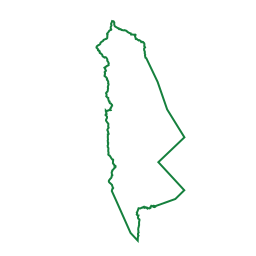 Jimi District, Western Highlands, Papua New Guinea (Albers equal-area conic projection), rotated 227°
{"feature_id": "67681753B26573357069197", "entity_name": "Jimi District", "entity_type": "district", "adm_level": 2, "iso_a3": "PNG", "parent_name": "Papua New Guinea", "parent_adm1": "Western Highlands", "projection": "albers", "projection_center": [144.768, -5.523], "detail": "fine", "context": "isolated", "style": "outline", "palette": "green", "viewbox_px": 256, "rotation_deg": 227, "n_neighbors": 0, "source": "geoboundaries", "source_scale": "gbopen_adm2", "svg_char_len": 5903}
<svg xmlns="http://www.w3.org/2000/svg" viewBox="0 0 256 256"><g transform="rotate(227 128 128)"><path d="M82.7,162.9L114.9,169.3L141.5,181.1L166.6,189.0L167.5,188.7L169.0,189.6L169.4,189.8L169.8,190.5L170.4,190.8L170.9,191.0L171.4,191.3L171.6,191.7L172.1,192.0L172.6,192.5L173.0,192.6L173.4,192.7L173.8,192.9L174.1,193.0L174.6,193.5L175.0,193.8L175.2,194.4L175.3,194.9L175.3,195.5L175.5,195.6L176.4,195.5L176.7,195.7L177.2,196.3L177.5,196.4L177.8,196.9L178.3,197.3L178.8,197.6L179.4,197.7L179.8,197.5L180.0,197.4L180.2,197.5L180.5,197.7L180.8,197.6L181.4,197.1L181.7,196.8L181.8,196.3L183.0,196.6L184.5,196.2L184.8,195.5L185.5,195.5L185.9,195.2L186.2,195.2L186.9,195.2L187.7,194.4L187.9,194.4L188.2,194.7L188.6,194.9L188.9,195.2L189.5,195.3L190.0,195.5L190.4,195.8L190.6,196.4L190.8,196.8L191.1,197.1L191.4,197.0L192.0,196.2L192.3,195.8L193.3,195.1L194.2,194.0L194.5,194.1L195.3,194.5L195.5,194.3L196.4,193.9L196.9,193.7L197.6,193.4L198.1,193.4L198.6,193.1L199.4,193.2L200.3,193.1L200.8,192.7L201.2,192.6L201.4,192.4L201.9,192.2L202.1,191.7L202.7,191.1L203.4,190.7L203.9,190.2L204.1,190.1L204.5,190.2L204.8,190.0L205.4,190.0L205.8,189.4L206.4,188.9L207.3,189.2L207.6,188.8L210.4,188.0L211.1,187.8L211.6,187.8L213.1,188.5L214.5,189.9L214.8,189.9L215.3,190.1L215.7,190.2L216.2,190.0L216.8,189.4L217.0,189.3L216.2,187.9L216.0,187.2L215.6,186.5L215.0,186.3L214.3,185.9L214.0,185.2L213.6,184.2L212.8,183.4L211.9,183.1L211.5,183.0L211.3,182.7L211.4,182.4L211.8,181.5L211.9,180.6L211.8,180.3L211.5,179.1L211.4,178.4L211.3,177.7L211.3,177.2L211.1,176.8L210.9,176.7L210.3,176.8L209.5,175.6L209.3,175.6L208.0,174.2L207.9,173.7L207.9,173.1L208.2,172.9L208.4,172.1L208.6,171.6L208.8,170.9L209.1,170.3L209.0,169.9L208.9,169.7L208.7,168.9L208.9,168.0L209.1,167.5L209.1,166.1L208.9,165.7L208.5,165.3L208.4,164.4L208.4,164.0L208.5,163.5L208.8,162.9L208.9,162.6L208.8,162.1L209.0,161.2L209.0,160.8L208.5,160.0L208.3,159.8L208.0,159.7L207.6,159.9L206.2,159.8L206.0,159.5L205.8,159.4L205.5,159.2L205.3,159.1L204.9,159.2L204.7,159.5L204.4,159.6L204.1,159.3L203.4,159.6L202.8,159.2L202.6,158.8L202.4,158.6L201.9,158.6L201.2,159.0L200.7,158.9L199.9,159.1L199.6,159.1L199.3,159.1L198.7,158.8L197.9,158.4L197.4,158.4L196.2,158.8L195.6,158.8L195.4,159.6L194.4,160.1L192.4,159.7L191.8,159.3L191.6,158.9L191.3,158.8L191.0,158.6L190.1,158.6L189.5,158.4L189.1,158.3L188.7,158.0L188.4,158.0L188.2,157.8L188.2,157.5L188.0,157.3L187.6,156.9L187.2,156.7L187.4,155.7L187.9,154.6L187.9,154.3L187.7,154.0L188.0,153.3L188.0,152.8L188.2,151.9L187.5,151.7L187.1,151.9L186.8,151.7L186.2,151.2L185.6,151.2L185.2,151.0L184.9,150.9L184.8,149.1L184.4,149.0L184.2,148.7L183.4,148.3L183.0,147.6L182.7,147.4L182.6,147.0L182.1,146.3L181.7,146.3L181.4,146.5L181.0,146.5L180.6,146.5L180.1,146.6L179.6,146.6L179.2,146.5L178.6,146.5L178.4,146.1L178.2,146.0L177.7,145.9L177.4,145.8L177.4,145.5L177.1,145.5L176.8,145.6L176.2,145.4L175.6,145.3L175.0,144.7L174.4,144.3L174.1,143.8L173.5,143.8L172.9,143.3L172.8,143.0L172.4,142.2L171.7,141.1L171.2,140.9L171.0,140.7L170.6,140.5L169.9,139.5L169.3,138.9L168.9,138.4L168.6,137.7L168.7,137.3L168.8,137.0L168.5,136.3L168.5,135.9L168.5,135.7L167.4,135.3L166.9,135.0L166.4,134.4L166.0,133.7L165.8,133.7L165.2,133.8L164.8,133.7L164.3,133.7L163.8,134.0L163.5,134.1L163.0,133.6L162.4,133.2L161.5,132.7L160.8,132.4L160.1,132.6L160.0,132.3L159.8,132.1L159.4,132.1L159.0,131.8L158.4,131.7L157.8,132.1L157.3,132.2L156.3,132.0L155.8,132.1L155.1,131.6L155.2,131.2L155.0,130.6L154.8,130.3L154.7,130.0L154.5,129.7L154.5,129.3L154.3,129.1L154.4,128.7L154.2,128.2L154.0,127.8L152.9,127.5L153.1,127.2L153.9,126.5L154.4,125.6L154.3,125.3L154.7,124.4L155.1,123.7L155.3,123.7L155.9,123.7L156.0,123.7L155.8,123.5L155.4,123.3L155.2,123.1L154.9,122.9L154.3,122.8L153.1,122.0L152.9,121.9L153.1,121.4L153.2,121.1L153.0,120.7L152.8,120.4L151.8,120.5L151.2,120.4L150.8,120.4L150.5,120.3L150.0,119.8L149.7,119.5L149.6,119.1L149.4,118.6L149.2,118.0L149.0,117.6L148.6,117.1L148.1,116.9L146.0,116.6L145.0,116.5L144.7,116.6L144.2,116.2L143.8,115.9L143.2,115.1L142.7,114.7L142.4,114.3L142.2,114.2L141.7,114.2L141.4,114.0L141.3,113.6L141.0,112.2L140.7,111.6L140.5,111.4L140.0,111.2L139.4,111.2L139.1,111.1L138.5,110.5L137.6,110.2L137.1,110.0L136.8,109.7L137.1,108.9L136.7,108.7L136.4,108.4L135.9,107.7L135.5,107.4L134.9,106.8L134.3,106.4L133.7,105.8L133.2,105.5L132.9,105.1L132.5,104.4L132.1,104.2L131.6,103.9L130.9,103.2L130.5,103.3L130.0,102.6L129.4,102.1L129.1,101.4L129.0,101.1L128.4,100.7L127.8,100.2L127.2,100.2L126.7,99.9L126.1,99.4L125.3,98.5L124.8,98.0L124.1,97.4L123.7,97.3L122.9,96.7L122.3,95.7L121.8,95.4L121.2,95.4L120.8,95.6L120.3,95.8L119.6,95.6L119.0,95.6L118.0,95.3L115.8,95.0L115.5,95.1L115.2,95.5L114.9,95.5L114.0,94.5L112.6,93.0L112.3,92.9L111.8,92.8L110.9,92.9L110.1,92.6L109.7,92.3L109.3,92.8L108.9,93.0L108.5,92.8L108.0,92.3L107.8,91.8L108.1,90.7L107.9,90.3L107.7,88.8L107.7,87.5L107.0,86.8L106.9,86.2L106.7,85.8L105.6,85.0L105.0,84.6L104.3,84.5L104.0,84.2L104.1,83.9L104.1,83.6L104.0,83.2L103.4,82.6L103.1,82.1L103.0,81.7L102.9,81.2L103.0,80.4L102.8,79.7L102.7,78.7L102.5,78.1L102.2,77.7L101.9,77.5L101.1,77.2L99.2,77.4L97.3,77.5L96.9,77.2L96.4,77.0L95.7,76.7L94.6,76.1L94.4,76.2L94.2,76.2L94.0,75.6L94.1,75.3L94.1,74.9L93.0,73.2L82.3,69.6L49.5,58.3L40.2,58.3L39.0,58.3L40.8,60.1L41.2,60.5L41.8,61.4L42.1,62.3L43.0,62.4L44.1,63.5L44.3,64.5L45.0,64.8L46.0,65.7L46.8,66.2L48.0,67.6L48.4,68.5L49.0,69.1L49.4,69.9L50.8,71.1L51.8,72.1L52.8,73.6L53.4,74.0L54.8,73.7L55.9,74.3L56.9,76.0L57.7,75.4L58.8,75.4L59.4,76.6L60.2,76.8L60.5,77.9L61.2,79.3L62.1,81.0L60.8,82.1L60.2,84.1L59.6,84.5L59.8,85.2L59.5,86.0L58.3,85.8L58.0,86.9L57.2,86.9L57.0,87.4L56.0,87.3L56.1,87.9L55.4,88.2L54.6,88.8L54.2,89.9L54.5,90.4L54.8,90.2L55.2,91.9L54.7,92.0L54.1,92.8L53.7,93.7L53.1,94.1L52.9,93.7L52.5,93.9L52.4,93.2L52.0,93.5L51.8,94.6L52.0,95.2L43.8,114.2L44.1,126.7L82.3,126.9L82.7,162.9Z" fill="none" stroke="#15803d" stroke-width="2"/></g></svg>